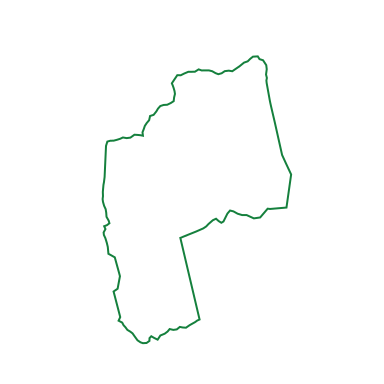 outline of Girau do Ponciano, Alagoas, Brazil, rotated 225°
{"feature_id": "56859067B72153496199233", "entity_name": "Girau do Ponciano", "entity_type": "district", "adm_level": 2, "iso_a3": "BRA", "parent_name": "Brazil", "parent_adm1": "Alagoas", "projection": "albers", "projection_center": [-36.839, -9.793], "detail": "fine", "context": "isolated", "style": "outline", "palette": "green", "viewbox_px": 384, "rotation_deg": 225, "n_neighbors": 0, "source": "geoboundaries", "source_scale": "gbopen_adm2", "svg_char_len": 2005}
<svg xmlns="http://www.w3.org/2000/svg" viewBox="0 0 384 384"><g transform="rotate(225 192 192)"><path d="M281.3,270.2L282.5,266.6L285.0,264.2L283.9,258.5L283.1,254.6L280.9,253.7L278.6,252.6L275.7,251.0L273.4,249.3L271.5,246.2L269.2,243.3L269.9,240.0L271.2,236.2L273.6,233.5L275.2,230.4L275.0,226.9L274.2,223.8L273.7,219.4L275.4,216.1L273.1,212.5L272.8,208.9L272.1,205.4L270.7,202.6L269.2,199.2L266.5,197.1L268.6,195.7L270.7,194.0L273.2,191.8L274.0,186.9L276.3,183.9L279.4,181.7L280.4,178.9L282.0,175.8L283.7,172.9L286.0,170.5L287.5,167.8L285.4,163.8L264.4,140.8L261.2,136.7L259.7,134.5L257.7,132.1L255.1,129.0L252.0,126.1L250.2,123.8L248.0,122.1L244.4,120.1L240.9,118.8L238.0,116.7L234.9,114.0L230.6,112.8L228.3,111.5L228.7,108.4L229.9,105.7L227.0,104.6L225.9,100.9L223.9,99.3L220.6,98.1L216.1,95.7L212.7,93.6L207.4,89.2L205.1,89.9L200.4,91.2L186.3,83.2L183.4,81.5L176.2,71.0L177.1,66.2L154.3,52.8L152.9,49.1L149.0,50.3L146.2,49.4L143.5,49.3L140.2,48.8L137.0,49.6L134.1,50.0L130.7,49.4L125.7,48.6L122.1,49.3L119.8,50.4L117.4,53.1L116.8,56.6L118.7,58.6L118.8,61.2L115.4,62.1L111.9,63.3L112.9,68.2L111.1,72.5L110.6,76.1L110.9,79.3L107.7,81.3L105.6,84.1L105.2,88.0L102.8,89.6L100.3,91.8L99.5,96.2L98.6,99.4L97.8,102.2L97.4,104.8L96.5,107.2L167.8,151.3L164.2,159.8L161.2,166.8L158.3,174.2L157.6,177.7L157.7,181.0L157.3,186.8L156.1,190.1L152.6,190.3L149.5,191.0L148.9,193.4L151.7,201.8L152.0,205.8L149.0,207.6L144.4,208.9L140.3,211.1L137.1,214.3L129.6,217.1L125.8,222.2L126.7,233.7L124.8,235.2L114.2,247.8L134.3,274.5L145.9,278.7L154.5,281.9L182.4,299.6L196.4,308.3L199.7,310.4L201.8,311.8L216.2,321.8L218.2,323.4L219.7,325.6L222.7,327.4L226.0,331.7L229.2,334.2L234.9,335.4L238.2,333.7L241.4,334.4L244.6,330.8L245.0,327.3L245.0,323.8L246.7,320.3L247.3,314.6L248.3,309.2L248.9,305.9L251.8,303.8L254.3,300.6L255.0,296.9L256.7,293.9L259.4,292.7L263.1,291.7L266.1,289.9L268.6,287.4L271.1,284.8L274.0,283.4L275.0,279.1L277.8,276.2L279.6,274.4L281.3,270.2Z" fill="none" stroke="#15803d" stroke-width="2"/></g></svg>